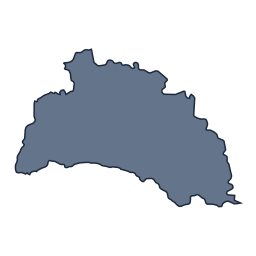 an SVG outline of Lérida, rotated 270°
{"feature_id": "ESP-5831", "entity_name": "Lérida", "entity_type": "Autonomous Community", "adm_level": 1, "iso_a3": "ESP", "parent_name": "Spain", "parent_adm1": "", "projection": "mercator", "projection_center": [0.993, 42.04], "detail": "fine", "context": "isolated", "style": "filled", "palette": "slate", "viewbox_px": 256, "rotation_deg": 270, "n_neighbors": 0, "source": "natural_earth", "source_scale": "10m", "svg_char_len": 4456}
<svg xmlns="http://www.w3.org/2000/svg" viewBox="0 0 256 256"><g transform="rotate(270 128 128)"><path d="M89.0,15.4L90.8,15.5L94.4,17.0L96.2,17.4L98.2,17.2L100.0,17.5L104.4,20.1L107.5,21.3L108.4,22.0L110.1,23.7L111.2,24.2L112.2,23.6L113.1,22.8L114.2,22.5L115.1,22.8L116.8,24.2L117.6,24.7L126.4,25.3L128.6,26.0L130.4,27.6L131.4,29.7L132.2,31.9L133.3,33.8L135.1,35.1L136.2,35.3L139.7,34.1L152.4,34.2L154.9,34.8L154.4,36.8L154.9,37.4L155.9,37.5L156.8,37.9L158.6,41.2L160.6,44.0L162.4,48.8L163.9,50.8L163.4,51.7L162.8,53.1L162.7,54.4L163.6,55.0L163.6,55.5L161.8,58.5L161.5,60.1L163.8,59.8L165.7,61.4L166.0,63.7L164.0,65.1L163.4,65.3L161.6,66.1L164.6,70.8L164.6,72.5L165.8,73.4L172.1,74.3L172.9,74.1L174.1,73.5L174.8,72.7L175.2,71.9L175.8,71.2L178.7,70.8L182.3,70.4L185.7,68.9L186.8,65.2L187.2,64.7L187.5,64.6L187.8,64.7L188.0,65.1L189.3,65.6L190.5,65.5L191.7,65.0L192.7,63.8L193.0,64.0L193.2,64.3L193.2,64.7L193.2,65.1L193.4,67.5L193.9,69.7L194.9,71.7L196.4,73.2L203.0,75.7L203.4,76.5L203.4,80.6L203.9,81.7L205.7,84.1L206.1,85.2L206.2,86.3L206.1,87.4L205.8,88.5L206.7,91.4L193.5,94.0L190.5,97.6L190.2,98.5L190.2,99.4L191.0,104.6L191.4,105.5L192.0,106.2L195.2,107.8L195.6,108.4L195.9,109.5L195.8,110.7L195.4,111.9L194.8,112.8L193.6,113.5L193.2,113.9L192.8,114.9L192.7,115.4L192.6,116.0L193.6,119.6L193.2,120.9L192.7,121.4L191.3,121.9L190.9,122.4L190.8,123.2L191.2,125.6L191.1,127.0L190.8,128.4L190.1,129.6L187.9,131.7L187.6,132.6L187.8,133.8L188.2,134.4L188.7,134.6L191.3,133.5L192.0,133.4L192.7,133.8L193.4,134.8L193.6,135.9L193.2,137.0L192.4,137.9L191.3,138.4L188.0,138.4L187.1,138.7L186.4,139.6L186.1,140.6L186.0,144.1L183.2,148.8L183.1,150.4L185.0,155.3L185.1,156.8L184.7,158.1L177.4,166.6L176.7,167.2L175.7,167.2L173.2,164.9L172.3,164.7L169.4,165.3L168.5,164.9L166.6,162.3L165.5,161.8L164.2,161.9L163.0,162.5L162.1,163.6L161.8,164.5L161.5,175.4L164.8,183.8L164.6,184.8L159.7,185.9L158.1,187.2L157.7,189.5L159.7,189.8L161.6,191.2L160.1,193.3L157.9,194.7L140.9,193.7L140.2,194.0L139.5,194.5L137.8,197.6L136.9,201.2L137.0,204.4L136.7,205.6L135.7,206.5L132.9,207.4L131.5,207.5L126.9,206.1L126.1,206.4L125.8,207.2L125.9,209.4L125.8,210.4L124.1,213.9L121.8,216.7L118.3,217.8L117.5,218.7L116.1,222.5L115.0,223.9L106.8,225.6L105.7,225.4L103.1,223.4L102.1,223.3L101.5,223.6L101.1,224.2L100.5,225.7L99.1,227.1L94.3,227.1L92.0,228.8L80.0,231.6L77.5,230.9L74.8,228.5L73.9,228.1L73.1,228.4L72.4,229.2L71.6,231.4L70.8,232.4L69.7,232.9L68.5,233.0L67.5,232.5L66.7,231.4L64.7,227.5L63.8,226.8L62.8,226.6L61.8,227.0L61.1,228.0L60.6,234.7L55.7,234.3L53.0,240.6L52.4,237.4L52.2,234.2L54.8,228.4L54.5,226.0L53.5,224.1L52.2,222.7L50.4,221.9L49.6,221.7L49.3,218.9L50.8,216.8L51.8,213.0L51.9,210.3L51.8,207.6L52.1,206.8L53.1,205.9L56.2,204.9L56.9,204.5L57.2,204.2L57.4,203.9L57.4,203.7L57.6,203.2L58.0,202.3L58.6,201.5L60.6,199.1L61.1,198.2L61.4,197.3L61.1,196.1L60.6,195.2L60.3,194.1L60.2,193.1L60.2,192.0L59.6,190.9L58.8,190.5L57.8,190.4L56.7,190.5L53.5,190.1L52.7,189.7L52.1,188.9L51.8,187.8L51.3,184.7L49.8,181.3L49.7,180.2L49.7,179.1L51.2,176.9L53.7,174.6L55.1,172.3L55.8,171.5L56.5,170.9L56.7,170.1L57.4,169.1L57.8,168.7L58.5,168.2L59.3,168.0L62.8,167.3L63.9,166.6L64.7,165.5L65.8,163.2L67.2,160.9L67.6,160.4L68.2,159.9L69.0,159.6L71.0,159.1L71.9,158.4L72.7,157.4L73.5,155.8L75.0,154.8L75.9,154.4L76.5,153.5L77.2,152.7L77.6,151.8L77.4,147.2L77.2,146.3L76.8,145.6L75.9,145.0L74.5,143.6L74.4,142.8L74.8,141.9L75.4,141.1L76.2,140.3L77.1,139.7L78.0,139.6L78.7,139.2L79.2,138.6L79.9,137.1L80.4,136.4L81.1,135.8L82.3,135.3L82.7,134.8L83.2,134.0L83.7,132.5L83.6,131.4L83.6,130.5L85.0,127.4L86.6,121.7L86.6,121.0L87.6,120.2L88.2,119.0L88.6,117.5L88.9,114.5L89.2,113.0L88.9,111.6L88.6,110.8L88.8,109.3L89.1,108.0L89.5,107.0L90.3,102.6L90.5,101.9L90.9,101.3L91.7,100.0L92.6,97.3L92.8,96.4L93.0,93.9L93.0,92.1L92.9,91.5L93.4,89.6L93.6,88.3L93.6,85.6L93.1,79.6L92.2,76.2L91.7,74.5L91.0,73.6L90.6,73.1L90.2,72.8L89.8,72.2L89.4,71.1L89.4,69.7L89.1,68.6L88.6,67.5L88.4,66.4L88.7,65.2L89.4,64.7L90.2,64.7L90.6,64.6L91.0,64.4L91.4,64.1L91.4,63.8L91.7,63.0L91.4,61.5L91.8,60.3L92.1,59.4L92.6,58.9L93.1,57.7L93.7,56.5L94.2,55.7L94.5,55.1L94.6,54.5L94.8,53.6L94.9,51.6L95.1,50.9L95.5,50.0L95.4,49.4L95.0,48.8L93.9,48.1L91.8,47.7L90.9,47.3L89.9,46.5L89.1,45.3L87.7,41.4L85.7,37.7L84.5,36.6L84.7,36.3L84.8,34.0L84.1,31.8L82.8,30.3L81.4,29.7L82.0,28.3L82.4,27.7L83.1,27.1L82.0,25.5L83.5,21.6L83.2,18.5L83.7,16.5L86.1,15.6L89.0,15.4Z" fill="#64748b" stroke="#1e293b" stroke-width="1.5"/></g></svg>